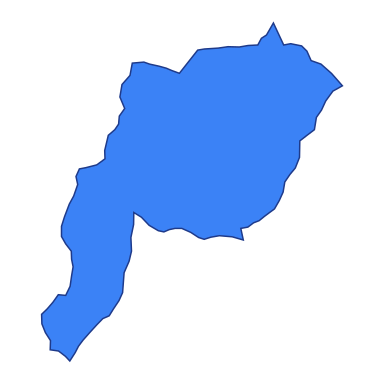 Fernão, São Paulo, Brazil (Equal Earth projection)
{"feature_id": "56859067B16110619340323", "entity_name": "Fernão", "entity_type": "district", "adm_level": 2, "iso_a3": "BRA", "parent_name": "Brazil", "parent_adm1": "São Paulo", "projection": "equal_earth", "projection_center": [-49.55, -22.377], "detail": "fine", "context": "isolated", "style": "filled", "palette": "blue", "viewbox_px": 384, "rotation_deg": 0, "n_neighbors": 0, "source": "geoboundaries", "source_scale": "gbopen_adm2", "svg_char_len": 1437}
<svg xmlns="http://www.w3.org/2000/svg" viewBox="0 0 384 384"><path d="M342.4,85.8L331.6,73.5L321.0,64.1L311.1,60.6L306.9,51.1L301.6,45.9L290.7,43.7L283.7,45.0L273.4,23.0L266.5,35.0L261.4,38.3L257.8,45.0L248.1,45.5L239.3,47.0L228.0,46.7L218.2,48.1L204.4,49.0L197.7,50.1L179.4,73.3L171.7,70.5L166.3,68.2L159.1,66.2L149.6,64.1L143.9,62.1L132.3,63.1L130.0,75.4L122.0,84.5L119.9,97.0L124.7,108.5L119.3,116.1L118.6,124.1L114.8,129.7L108.3,135.3L104.7,150.5L105.0,158.8L96.7,164.9L85.7,167.7L79.4,168.9L76.0,176.5L77.7,184.5L73.7,196.0L69.3,204.1L64.5,216.8L61.5,226.3L61.5,236.5L65.7,243.9L71.3,251.2L71.6,259.2L73.1,266.8L71.6,275.8L70.1,286.3L65.7,295.4L58.3,294.7L52.9,302.3L47.1,309.0L41.6,314.3L41.9,323.9L45.4,332.6L50.5,340.6L50.2,349.8L58.5,351.0L65.4,356.3L69.8,361.0L75.2,352.6L78.5,346.2L82.9,340.3L89.7,332.6L96.9,324.7L102.8,318.6L109.2,315.8L113.4,309.0L119.0,300.6L122.6,292.6L124.1,272.7L129.1,261.2L131.5,251.1L130.9,237.5L133.6,224.5L133.8,212.5L141.4,217.2L149.1,225.3L158.3,230.7L163.9,231.9L169.3,229.6L175.0,228.4L181.8,228.4L190.8,232.4L198.6,237.5L204.2,239.3L210.8,237.2L219.4,235.7L232.2,236.8L243.3,240.0L240.8,228.4L247.9,227.1L253.6,222.8L259.1,220.7L264.4,216.4L269.2,212.8L274.5,208.9L279.3,200.5L283.1,192.1L284.8,182.0L289.9,174.5L295.3,168.0L299.5,157.4L299.8,140.9L307.0,135.3L314.4,129.7L316.4,117.4L321.5,110.1L325.7,101.0L332.9,91.1L342.4,85.8Z" fill="#3b82f6" stroke="#1e3a8a" stroke-width="1.5"/></svg>